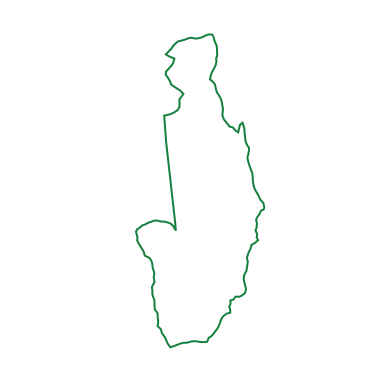 outline of Bento de Abreu, São Paulo, Brazil, rotated 325°
{"feature_id": "56859067B44589944496039", "entity_name": "Bento de Abreu", "entity_type": "district", "adm_level": 2, "iso_a3": "BRA", "parent_name": "Brazil", "parent_adm1": "São Paulo", "projection": "robinson", "projection_center": [-50.853, -21.315], "detail": "fine", "context": "isolated", "style": "outline", "palette": "green", "viewbox_px": 384, "rotation_deg": 325, "n_neighbors": 0, "source": "geoboundaries", "source_scale": "gbopen_adm2", "svg_char_len": 2404}
<svg xmlns="http://www.w3.org/2000/svg" viewBox="0 0 384 384"><g transform="rotate(325 192 192)"><path d="M298.9,74.7L296.2,72.6L293.5,71.8L290.6,71.3L287.8,70.7L283.4,68.8L280.3,65.6L277.9,64.2L272.9,62.9L269.6,61.7L266.7,60.6L264.1,60.9L261.3,61.2L257.2,62.8L249.5,64.2L250.9,67.5L254.1,72.6L250.4,75.7L247.0,76.8L244.0,77.6L240.1,78.3L237.8,80.5L237.8,85.1L237.5,88.8L236.6,92.0L238.0,95.9L239.3,99.2L240.5,102.1L241.2,106.7L237.5,108.1L234.7,108.9L232.8,112.1L230.5,115.1L227.8,116.5L225.2,116.7L222.1,116.5L218.4,115.7L213.0,113.5L199.1,136.9L160.0,208.6L156.6,214.3L157.1,208.9L156.1,205.0L152.7,200.7L149.6,198.3L147.2,195.5L144.6,193.7L142.1,193.2L138.5,192.1L134.9,191.7L132.0,190.8L128.7,191.3L125.7,191.1L123.2,192.6L121.3,197.9L119.3,200.2L118.7,204.4L118.5,209.2L118.2,213.3L116.8,217.0L119.3,221.5L119.3,224.9L118.4,227.8L116.4,231.4L114.7,236.8L111.7,240.0L109.7,244.2L106.8,245.6L104.5,247.1L103.1,249.9L101.0,252.8L99.9,255.8L99.4,258.6L97.5,261.4L95.9,263.9L94.2,266.8L94.2,271.6L91.8,275.4L89.8,279.1L86.9,282.1L87.8,286.5L86.3,290.7L86.5,295.2L85.7,299.4L85.1,302.7L85.3,306.9L89.0,307.9L91.9,308.6L95.3,309.4L98.4,310.6L101.7,312.7L106.5,314.4L109.4,316.4L112.7,319.5L116.1,322.1L118.5,323.4L122.0,321.1L125.4,321.2L130.6,319.7L134.6,318.4L139.0,315.9L141.9,313.7L144.5,312.2L147.2,311.6L150.7,311.6L154.1,312.8L155.9,310.2L156.8,307.2L159.4,305.8L161.2,302.8L164.3,303.9L167.6,302.7L170.8,305.0L173.8,305.4L177.4,305.2L180.6,302.6L182.9,296.3L184.4,292.9L186.5,290.5L188.8,289.0L191.3,287.9L195.3,283.7L197.8,281.0L199.2,277.4L203.4,274.2L207.2,272.2L210.3,269.5L214.5,269.8L218.4,269.4L219.0,266.2L221.1,264.1L222.0,260.0L224.3,258.3L227.0,255.3L228.6,251.5L231.3,249.9L234.7,248.7L237.9,246.9L240.6,247.5L242.6,245.8L244.1,241.9L243.6,238.2L244.5,232.5L244.8,228.8L245.1,225.4L246.3,221.7L248.2,217.8L250.2,214.8L252.3,210.8L253.2,207.0L254.4,202.7L255.7,198.8L257.1,195.7L259.8,193.3L262.3,190.8L264.1,188.4L264.0,185.4L264.9,181.3L267.2,177.1L269.0,173.6L271.2,170.4L273.1,164.2L269.8,164.5L266.0,167.8L264.1,169.6L262.8,166.7L262.6,162.8L260.3,159.9L259.8,150.6L261.0,146.3L264.8,142.1L267.9,135.7L269.0,132.5L269.5,128.7L269.6,124.3L271.0,120.7L272.6,116.7L272.2,113.4L271.3,110.1L274.1,107.3L278.1,104.7L280.9,103.5L284.3,101.5L286.8,99.2L288.4,96.4L290.6,95.0L292.6,92.2L296.0,86.6L297.1,81.3L298.5,77.6L298.9,74.7Z" fill="none" stroke="#15803d" stroke-width="2"/></g></svg>